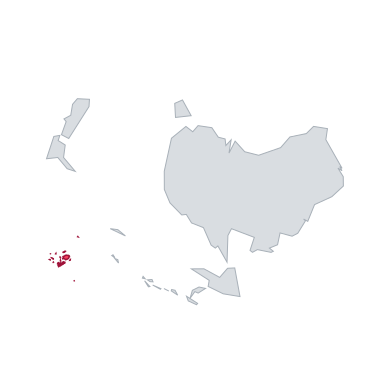 Fiji highlighted on a map of Oceania, rotated 170°
{"feature_id": "FJI", "entity_name": "Fiji", "entity_type": "country or territory", "adm_level": 0, "iso_a3": "FJI", "parent_name": "Oceania", "parent_adm1": "", "projection": "mercator", "projection_center": [179.313, -17.091], "detail": "fine", "context": "in_parent", "style": "filled", "palette": "rose", "viewbox_px": 384, "rotation_deg": 170, "n_neighbors": 6, "source": "natural_earth", "source_scale": "50m", "svg_char_len": 4839}
<svg xmlns="http://www.w3.org/2000/svg" viewBox="0 0 384 384"><g transform="rotate(170 192 192)"><path d="M162.9,80.7L178.9,86.3L192.5,96.2L190.4,102.0L206.0,116.4L193.6,114.3L179.6,103.1L170.2,110.7L163.1,109.8L162.9,80.7ZM214.6,85.4L215.5,90.3L205.8,81.3L207.1,80.2L214.6,85.4ZM208.7,95.1L201.6,97.2L195.4,94.7L203.5,91.4L206.5,93.4L212.4,87.6L208.7,95.1ZM224.0,92.9L229.6,98.2L229.0,99.5L225.8,98.2L224.0,92.9Z" fill="#d9dde1" stroke="#a8b0b8" stroke-width="1"/><path d="M279.3,140.6L282.1,143.3L280.7,143.9L279.3,140.6ZM279.6,139.9L276.8,138.3L276.7,134.8L279.6,139.9Z" fill="#d9dde1" stroke="#a8b0b8" stroke-width="1"/><path d="M265.2,160.3L278.9,170.1L271.6,167.8L265.2,160.3Z" fill="#d9dde1" stroke="#a8b0b8" stroke-width="1"/><path d="M255.8,115.8L254.8,117.4L253.2,114.7L255.8,115.8ZM251.4,106.2L254.1,112.8L249.9,106.2L251.4,106.2ZM251.1,113.2L246.6,112.8L246.0,110.3L248.9,111.0L251.1,113.2ZM240.0,101.7L246.9,107.2L239.4,102.2L240.0,101.7ZM234.6,100.4L236.4,101.8L232.0,98.5L234.6,100.4Z" fill="#d9dde1" stroke="#a8b0b8" stroke-width="1"/><path d="M329.5,250.0L318.4,270.7L312.3,270.7L314.9,265.9L308.7,260.3L312.5,248.3L303.4,232.6L310.9,236.6L318.2,249.3L329.5,250.0ZM278.6,294.0L304.1,266.1L310.6,271.1L303.7,283.2L305.4,286.2L298.1,288.6L294.4,299.1L288.7,303.8L276.9,301.1L278.6,294.0Z" fill="#d9dde1" stroke="#a8b0b8" stroke-width="1"/><path d="M179.6,267.3L195.3,268.3L193.6,282.3L185.4,284.3L179.6,267.3ZM97.0,220.3L86.0,229.2L69.2,229.7L60.9,235.5L47.6,230.9L51.1,220.3L40.1,189.3L42.1,191.4L40.6,186.9L44.1,190.2L40.4,180.8L41.9,171.6L55.1,163.1L73.5,158.3L83.1,143.0L86.8,146.0L85.3,143.9L95.0,133.0L101.1,131.1L112.4,136.4L116.9,125.2L125.5,123.3L122.2,119.5L124.6,118.8L137.6,123.9L142.9,122.1L145.0,124.4L138.5,136.5L159.5,149.0L164.2,142.9L169.7,116.8L175.9,134.4L178.8,132.7L182.4,136.4L186.9,154.9L197.8,161.6L201.5,170.9L206.1,171.2L215.6,185.1L218.8,199.3L215.7,217.3L202.9,248.5L186.6,257.6L180.8,251.2L174.5,256.3L161.3,251.9L156.6,241.4L150.2,238.5L150.6,231.9L144.4,236.6L148.8,223.9L140.7,234.6L133.1,222.5L120.0,216.6L97.0,220.3Z" fill="#d9dde1" stroke="#a8b0b8" stroke-width="1"/><path d="M328.5,147.5L328.6,147.8L329.0,148.2L329.5,148.5L329.8,148.8L329.9,149.0L329.9,149.6L330.0,150.1L330.2,150.8L329.9,150.9L329.4,150.9L329.3,151.0L329.1,151.0L328.7,151.0L328.3,151.2L327.9,151.6L327.5,151.6L327.0,151.6L326.5,151.6L326.2,151.4L325.6,151.2L324.8,151.1L324.5,150.9L324.2,150.7L323.9,150.2L323.9,149.7L324.2,149.7L324.4,149.5L324.4,149.4L324.5,149.3L324.6,149.2L324.6,148.9L324.6,148.7L325.0,148.2L325.5,147.9L326.4,147.5L326.9,147.6L327.8,147.3L328.0,147.2L328.3,147.3L328.5,147.5ZM336.1,141.9L335.4,142.5L335.2,142.8L335.0,143.2L334.4,143.5L334.2,144.0L334.2,144.6L334.7,144.0L335.4,143.6L335.6,143.5L335.8,143.5L335.7,143.8L335.6,144.2L335.8,144.5L335.3,144.5L334.8,144.5L334.3,144.7L333.7,144.8L333.3,144.8L333.2,144.7L333.1,144.4L332.6,144.4L331.9,144.9L331.7,145.3L331.4,145.3L331.1,145.2L330.8,145.5L330.4,145.6L330.2,145.4L330.0,145.0L329.9,144.8L329.4,144.7L329.5,144.5L329.6,144.3L329.7,144.2L329.8,144.0L330.0,144.1L330.3,144.2L330.5,144.0L330.8,144.0L331.1,143.6L331.5,143.3L332.1,143.1L332.7,143.0L333.0,142.9L333.8,142.5L334.1,142.3L334.5,142.1L334.8,142.1L335.2,142.1L335.4,142.1L336.1,141.8L336.1,141.9ZM329.4,154.9L329.4,155.1L328.8,155.3L328.6,155.1L328.2,155.4L328.1,155.5L327.9,155.6L327.3,155.8L327.0,155.6L327.4,155.3L327.7,155.4L327.9,155.2L328.1,154.9L328.5,154.9L329.1,154.8L329.4,154.9ZM336.2,145.4L336.1,145.6L336.1,145.3L336.1,145.1L336.1,144.9L336.1,144.7L336.6,144.3L336.9,144.6L336.7,145.0L336.2,145.4ZM336.1,145.6L335.8,145.7L335.6,145.6L335.8,145.2L336.1,144.7L336.1,145.1L336.1,145.6ZM333.2,150.9L332.8,150.5L332.8,150.4L332.9,150.2L333.0,150.1L333.2,150.3L333.3,150.7L333.2,150.9ZM330.9,149.1L330.7,149.2L330.5,148.9L330.7,148.6L330.9,148.6L331.0,148.9L330.9,149.1ZM340.7,147.0L340.6,146.8L340.7,146.7L340.5,146.4L340.7,146.6L340.9,146.7L340.9,146.8L340.7,147.0ZM333.5,147.4L333.4,147.6L333.3,146.9L333.5,146.9L333.6,147.0L333.5,147.4ZM323.8,146.4L323.6,146.5L323.7,146.1L323.8,146.0L324.1,146.0L323.8,146.4ZM343.9,150.2L343.6,150.2L343.4,150.0L343.5,149.8L343.8,150.1L343.9,150.2ZM336.4,143.4L336.1,143.6L336.1,143.4L336.3,143.1L336.5,143.1L336.4,143.3L336.4,143.4ZM340.6,150.3L340.4,150.3L340.2,150.3L340.2,150.1L340.3,150.0L340.5,150.1L340.6,150.3ZM341.6,151.5L341.3,151.4L341.2,151.3L341.5,151.3L341.6,151.5ZM323.3,125.1L323.1,125.1L322.9,125.1L323.1,125.0L323.3,125.0L323.3,125.1ZM337.0,154.8L336.9,154.9L336.8,155.0L336.7,155.1L336.7,154.9L336.8,154.7L337.0,154.8ZM342.6,155.8L342.4,155.8L342.3,155.7L342.5,155.6L342.4,155.7L342.5,155.8L342.6,155.8ZM312.3,167.8L312.2,167.9L312.1,167.7L312.3,167.8ZM336.3,141.8L336.1,141.9L336.2,141.7L336.3,141.7L336.3,141.8ZM336.1,143.6L336.1,143.4L336.1,143.6Z" fill="#f43f5e" stroke="#9f1239" stroke-width="1.5"/></g></svg>